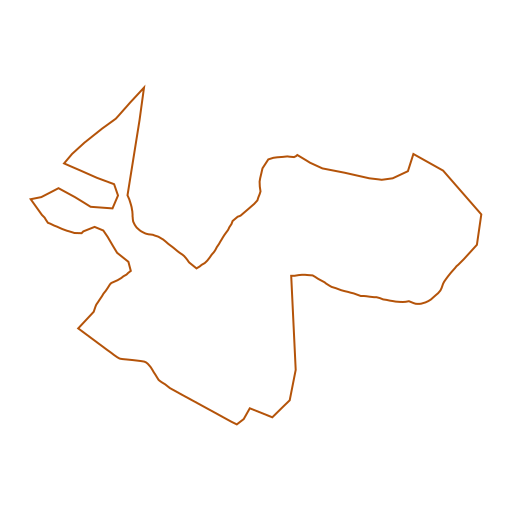 the district of Grande Riviere/Assou Canal, Gros Islet, Saint Lucia
{"feature_id": "8701671B38434288339117", "entity_name": "Grande Riviere/Assou Canal", "entity_type": "district", "adm_level": 2, "iso_a3": "LCA", "parent_name": "Saint Lucia", "parent_adm1": "Gros Islet", "projection": "mercator", "projection_center": [-60.952, 14.04], "detail": "fine", "context": "isolated", "style": "outline", "palette": "amber", "viewbox_px": 512, "rotation_deg": 0, "n_neighbors": 0, "source": "geoboundaries", "source_scale": "gbopen_adm2", "svg_char_len": 3579}
<svg xmlns="http://www.w3.org/2000/svg" viewBox="0 0 512 512"><path d="M268.3,159.4L264.2,165.7L262.5,168.3L261.9,170.8L261.5,172.6L260.7,176.0L260.2,178.1L260.0,179.2L259.6,181.6L259.8,186.6L260.5,191.4L259.7,194.0L258.3,197.5L257.4,200.4L254.2,203.9L248.2,209.1L244.0,212.7L240.6,215.6L239.5,216.1L237.7,216.7L235.2,218.8L232.6,221.0L231.9,222.9L231.5,224.0L229.3,227.3L228.5,229.1L227.9,230.2L227.3,231.0L226.1,232.6L224.3,235.1L222.6,237.8L222.1,238.7L220.7,241.0L220.2,241.8L219.1,243.8L217.4,246.3L216.9,247.0L215.5,249.7L214.9,250.7L213.7,252.4L212.5,253.7L211.5,254.9L209.8,257.4L207.3,260.6L206.5,261.4L204.7,263.1L201.7,264.8L200.6,265.7L199.8,266.4L196.5,268.4L189.2,262.5L188.5,261.6L187.2,259.7L185.6,257.7L185.1,257.2L184.3,256.2L182.4,254.6L180.4,253.3L179.0,252.3L177.3,251.0L176.6,250.4L174.8,248.9L173.6,247.9L172.2,246.8L170.3,245.4L168.2,243.8L165.6,241.5L163.0,239.4L161.9,238.8L160.4,237.9L159.4,237.3L158.3,236.7L157.5,236.4L156.5,236.1L154.6,235.5L152.9,234.8L150.6,234.5L148.5,234.3L147.8,234.1L146.8,233.9L146.1,233.7L145.2,233.4L143.0,232.3L141.3,231.4L140.4,230.8L139.6,230.2L137.8,228.6L136.6,227.5L135.2,225.5L134.7,224.7L134.2,223.7L133.2,221.6L132.8,219.1L132.7,217.4L132.5,215.9L132.6,215.2L132.3,211.1L132.1,210.3L131.6,207.2L131.0,204.9L130.4,202.9L129.3,199.4L127.5,195.3L139.5,120.4L144.0,87.6L141.7,90.1L130.1,102.6L118.8,115.4L115.8,118.7L102.1,128.6L84.4,142.7L77.7,148.8L72.1,153.9L64.1,163.4L69.5,165.8L80.4,170.5L96.9,177.8L114.1,184.2L118.0,195.5L112.5,208.4L90.6,206.8L84.2,202.8L74.9,197.1L58.5,188.2L51.6,191.8L41.3,197.1L33.8,198.6L30.7,199.2L33.9,203.7L41.9,214.9L44.6,217.6L45.9,219.8L47.9,222.8L50.1,223.6L54.2,225.6L57.1,226.7L59.7,227.9L62.2,229.0L66.8,230.7L69.0,231.3L72.6,232.4L74.4,233.0L81.6,233.2L83.3,231.4L94.6,226.9L103.3,230.5L107.6,236.8L112.8,245.7L117.1,252.8L128.4,261.8L130.8,270.9L128.2,272.9L126.5,274.6L123.4,276.3L121.3,278.0L117.6,280.2L114.0,281.8L111.3,283.0L110.0,284.3L107.6,288.1L105.7,290.9L103.5,293.6L102.1,296.0L99.4,300.0L98.1,302.0L96.3,304.6L95.5,306.5L93.7,311.8L78.2,328.4L107.0,349.8L109.4,351.5L111.6,353.1L113.9,354.9L117.2,357.2L119.3,358.4L120.1,358.7L122.7,359.1L127.0,359.5L133.0,360.1L140.5,361.0L142.4,361.3L144.2,361.6L145.9,362.3L147.7,363.7L149.4,365.6L150.8,367.3L152.6,370.2L153.8,372.3L155.4,374.7L156.8,377.0L158.6,379.9L160.2,381.2L162.1,382.5L165.1,384.3L169.9,388.1L182.4,395.0L201.0,405.1L231.5,421.8L236.8,424.4L243.7,419.1L249.8,408.3L272.3,417.3L283.4,406.4L289.7,400.3L295.7,369.9L291.2,275.8L294.5,275.8L298.7,275.1L302.0,274.8L305.0,274.8L308.2,275.1L312.6,275.4L315.2,276.9L317.9,278.7L319.9,279.8L324.6,282.3L326.0,283.5L329.5,285.7L331.6,286.9L335.9,288.2L338.0,289.0L341.2,290.2L344.5,291.1L348.0,291.9L350.7,292.7L353.7,293.4L356.7,294.5L360.8,296.0L363.8,296.0L366.2,296.2L369.6,296.7L374.1,297.2L376.5,297.2L379.9,298.1L383.1,299.4L386.6,299.9L389.7,300.6L393.0,301.1L395.7,301.6L399.9,301.9L402.8,302.0L405.7,301.8L408.9,301.2L413.6,303.1L415.8,303.8L419.1,303.9L421.1,303.7L425.5,302.4L428.3,301.1L430.9,299.5L432.8,297.8L436.2,294.8L438.1,293.2L440.4,290.5L441.6,288.0L443.1,283.7L444.2,281.6L446.1,278.9L448.1,276.2L451.0,272.6L452.4,271.0L455.0,268.1L456.5,266.2L458.3,264.7L463.9,259.1L476.9,244.8L481.3,214.4L443.1,170.6L413.4,154.0L407.9,171.2L392.7,178.3L384.0,179.5L381.7,179.8L378.8,179.4L369.3,178.3L351.6,174.3L344.5,172.7L322.4,168.4L310.0,162.7L306.3,160.4L297.3,155.0L296.1,156.1L295.3,156.5L294.0,157.1L293.1,157.0L289.5,156.7L287.3,156.4L282.8,156.9L277.2,157.3L273.4,157.8L268.3,159.4Z" fill="none" stroke="#b45309" stroke-width="2"/></svg>